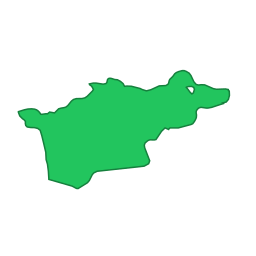 Pyrénées-Orientales, Robinson projection, rotated 171°
{"feature_id": "FRA-5337", "entity_name": "Pyrénées-Orientales", "entity_type": "Metropolitan department", "adm_level": 1, "iso_a3": "FRA", "parent_name": "France", "parent_adm1": "", "projection": "robinson", "projection_center": [2.397, 42.62], "detail": "fine", "context": "isolated", "style": "filled", "palette": "green", "viewbox_px": 256, "rotation_deg": 171, "n_neighbors": 0, "source": "natural_earth", "source_scale": "10m", "svg_char_len": 1972}
<svg xmlns="http://www.w3.org/2000/svg" viewBox="0 0 256 256"><g transform="rotate(171 128 128)"><path d="M23.7,142.1L24.3,140.6L26.9,138.3L30.6,138.0L30.0,137.2L32.9,136.8L42.1,135.3L46.0,135.2L47.4,135.4L52.6,137.0L54.0,136.9L55.4,136.5L57.2,135.0L58.0,133.8L58.3,132.5L58.3,130.1L58.6,128.8L58.9,127.6L59.6,126.4L61.4,124.0L63.4,122.1L65.1,121.6L78.4,120.2L86.4,121.5L87.7,120.8L88.1,120.2L91.4,122.3L95.4,119.5L102.2,112.2L104.0,112.1L108.3,112.9L110.5,112.4L113.5,110.5L114.6,108.5L114.6,105.8L111.7,92.2L113.2,89.5L118.0,87.8L165.2,90.1L168.8,89.0L170.6,87.5L174.4,82.2L176.6,80.3L186.8,76.0L188.4,76.4L192.2,79.3L214.2,89.6L213.4,97.9L213.2,104.9L213.8,109.5L213.0,116.8L213.7,126.4L214.3,133.7L215.1,139.5L217.2,141.7L220.3,143.0L224.1,143.7L227.4,144.8L228.6,146.5L228.7,148.5L228.3,150.5L229.3,152.3L230.7,153.6L233.0,156.8L233.8,160.6L233.7,161.3L227.5,162.2L223.8,162.4L220.1,162.0L217.2,161.2L215.4,160.2L214.0,158.8L212.9,157.2L212.0,155.2L211.0,155.0L206.8,154.9L205.3,154.6L202.9,156.0L198.2,154.4L193.5,157.8L191.1,158.1L188.6,158.1L186.3,158.3L184.0,159.5L179.7,163.4L177.4,164.7L174.4,165.1L168.8,164.3L165.9,164.5L163.3,165.7L157.3,170.1L156.1,171.6L157.4,175.0L159.2,176.8L159.3,177.6L155.4,177.8L152.3,177.3L145.7,175.2L142.9,175.3L141.8,176.2L140.6,179.1L139.6,179.9L138.1,180.0L136.5,179.5L133.6,178.0L130.9,177.3L128.2,175.3L125.9,172.6L124.9,169.7L122.6,169.6L118.1,168.7L109.8,165.1L108.0,163.8L104.0,161.8L99.5,162.2L90.6,164.7L83.9,164.0L81.6,165.0L80.9,165.9L79.8,168.5L79.1,169.5L75.7,171.9L73.3,174.3L71.6,175.2L69.2,175.8L65.5,176.2L63.6,175.9L61.8,174.9L59.0,172.6L57.6,169.9L55.7,163.3L53.8,160.3L51.6,159.4L48.9,159.3L45.5,158.6L37.5,153.5L34.5,152.4L25.6,151.3L22.9,150.3L23.0,149.7L22.9,149.3L22.6,148.9L22.2,148.7L22.7,144.3L23.7,142.1ZM61.8,159.5L62.2,159.5L63.6,159.3L64.1,159.1L62.6,156.5L61.1,153.6L59.6,151.7L58.0,152.4L56.4,155.6L56.7,157.8L58.6,159.1L61.8,159.5Z" fill="#22c55e" stroke="#15803d" stroke-width="1.5"/></g></svg>